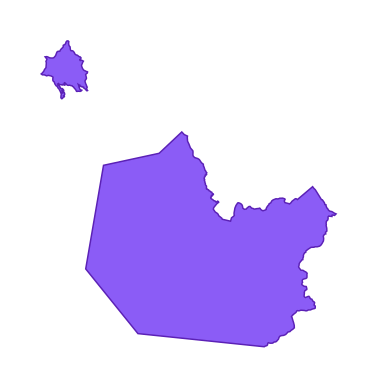 Guevea de Humboldt, Oaxaca, Mexico (orthographic projection), rotated 86°
{"feature_id": "50627088B66942360920108", "entity_name": "Guevea de Humboldt", "entity_type": "district", "adm_level": 2, "iso_a3": "MEX", "parent_name": "Mexico", "parent_adm1": "Oaxaca", "projection": "orthographic", "projection_center": [-95.455, 16.84], "detail": "fine", "context": "isolated", "style": "filled", "palette": "violet", "viewbox_px": 384, "rotation_deg": 86, "n_neighbors": 0, "source": "geoboundaries", "source_scale": "gbopen_adm2", "svg_char_len": 5817}
<svg xmlns="http://www.w3.org/2000/svg" viewBox="0 0 384 384"><g transform="rotate(86 192 192)"><path d="M304.2,82.7L304.4,83.9L305.2,86.1L304.6,87.0L304.1,87.4L303.3,87.4L300.6,86.9L300.0,87.0L298.3,86.3L297.3,84.3L296.3,84.2L294.3,84.6L293.9,86.5L293.5,87.3L292.0,88.9L290.6,88.6L289.9,88.0L288.2,88.3L287.3,87.9L286.8,87.2L286.5,86.1L286.2,84.3L285.5,83.4L283.7,83.1L282.7,83.2L281.1,82.8L279.7,84.0L279.0,85.3L278.1,86.4L277.8,87.0L277.7,88.7L274.7,90.7L274.0,90.9L273.3,90.5L270.8,90.0L269.1,88.7L268.1,87.6L267.4,87.2L267.2,86.2L265.7,86.0L264.5,85.4L263.0,85.3L262.0,84.9L260.4,83.8L260.2,82.8L258.8,82.5L257.2,80.2L255.5,77.1L255.6,74.0L255.2,73.2L255.4,70.9L254.9,68.4L253.9,67.0L252.5,65.9L250.0,64.3L247.8,63.9L245.2,64.1L244.1,63.4L243.1,62.0L243.1,61.5L241.5,61.6L240.4,60.2L237.4,60.1L235.1,60.5L234.5,60.5L234.0,60.3L232.6,60.4L230.6,60.0L229.5,58.6L228.2,58.1L226.5,58.1L225.6,57.3L226.2,54.1L224.9,53.9L224.8,53.0L225.3,51.6L224.9,50.9L223.9,49.8L223.0,51.5L221.3,53.8L220.6,56.1L219.3,57.3L217.9,57.9L217.5,58.4L216.8,58.8L215.1,59.2L214.0,59.3L213.8,60.3L211.9,60.7L208.9,62.5L208.6,63.4L198.4,68.8L196.7,70.3L195.1,71.3L206.9,87.4L206.1,88.3L205.9,89.4L208.3,93.0L209.5,93.9L210.7,95.5L210.3,96.4L209.1,100.0L207.9,100.5L206.9,100.4L206.1,99.7L205.3,99.9L204.5,101.8L204.3,104.9L204.6,105.5L204.9,106.9L204.6,108.7L205.5,111.6L206.4,113.0L208.3,114.2L209.1,115.9L209.5,115.9L210.3,116.5L210.8,117.1L212.1,118.2L213.7,119.2L214.4,119.1L214.9,119.7L215.6,122.0L215.5,123.0L214.9,123.9L214.0,124.8L213.1,125.2L212.8,126.0L213.1,126.4L213.1,128.4L213.4,130.7L213.2,131.5L212.7,132.2L212.2,133.7L210.5,135.0L210.4,136.0L210.7,136.6L212.0,138.4L212.8,139.1L212.9,141.0L211.6,142.4L209.2,142.7L208.2,143.1L207.2,144.0L206.5,145.1L206.0,146.3L206.1,147.2L208.4,149.0L211.0,150.3L215.8,151.5L217.1,151.6L218.2,151.4L219.1,152.2L220.5,154.4L223.8,155.6L221.3,163.7L220.2,164.1L217.5,167.0L216.0,167.5L215.1,168.2L213.6,170.2L210.7,171.9L209.2,171.5L205.6,168.2L204.1,166.1L203.4,166.3L203.0,166.9L202.9,167.3L203.3,167.6L203.8,168.6L202.6,169.6L202.0,171.1L201.1,171.7L200.2,173.1L199.6,173.7L198.6,173.7L198.5,173.2L196.9,172.9L196.8,172.6L197.1,172.1L196.2,171.9L196.3,171.1L195.9,170.8L195.4,170.9L194.7,171.9L193.5,172.4L193.5,172.9L192.5,173.8L191.8,175.0L191.3,175.1L190.8,175.6L190.6,176.3L190.0,176.7L190.0,177.3L189.6,177.4L189.3,177.2L188.0,177.3L187.2,177.1L185.7,178.1L184.1,178.1L183.6,178.5L182.1,178.5L181.5,178.9L180.5,178.5L179.7,179.0L178.8,178.6L178.1,178.7L177.4,177.8L176.3,177.7L175.9,177.5L175.7,177.1L176.0,176.7L175.6,176.2L175.1,176.3L174.7,176.5L174.3,176.4L173.9,175.9L172.5,176.8L171.7,177.0L171.2,177.5L167.8,178.3L167.1,178.7L165.0,178.8L163.5,180.5L160.2,182.4L159.1,183.8L157.8,187.0L156.2,188.3L155.1,188.5L152.1,188.2L150.9,188.3L147.9,190.5L144.0,191.7L141.0,192.9L137.3,192.9L135.9,192.6L134.2,195.7L131.4,198.0L151.1,222.1L159.2,278.4L261.3,303.4L329.5,255.8L351.4,130.7L350.8,129.6L350.5,128.1L349.9,127.4L348.2,126.9L347.7,126.4L348.3,124.6L348.4,122.8L348.3,121.8L347.7,121.2L347.3,119.9L347.4,119.3L347.0,118.2L344.7,115.9L343.2,115.4L342.1,114.5L341.7,113.7L341.5,112.5L341.4,110.5L340.7,108.5L338.3,105.9L338.1,104.1L336.8,102.6L336.0,101.0L335.1,100.1L334.7,99.4L332.2,99.3L329.3,99.8L326.9,100.4L324.0,101.0L323.4,101.5L321.7,100.2L321.6,99.7L321.0,99.1L319.4,96.7L318.0,95.8L317.7,95.2L318.0,93.5L317.5,91.6L318.0,88.2L318.5,86.6L318.4,85.4L317.8,84.2L317.9,82.1L317.1,79.9L316.8,77.8L316.4,77.2L314.6,77.0L314.1,77.2L313.3,78.1L310.9,77.4L310.1,77.9L309.6,78.8L307.2,80.0L307.0,80.9L306.4,81.6L305.4,81.8L304.2,82.7ZM62.8,291.6L61.1,292.6L58.5,293.4L57.4,293.2L56.1,292.4L55.5,292.3L53.9,291.2L53.4,291.9L52.9,292.9L53.1,294.3L52.5,294.7L52.0,294.7L51.4,293.6L50.3,293.4L49.3,294.3L49.3,294.9L47.5,296.9L47.4,297.5L46.8,298.5L45.8,299.4L44.8,299.6L43.3,300.6L42.7,301.6L42.7,302.7L42.0,303.2L41.1,303.4L38.7,303.5L37.5,304.4L36.5,304.6L35.2,304.7L33.3,304.4L32.6,305.1L32.6,305.8L32.6,306.2L33.6,307.2L34.8,307.6L36.1,308.6L36.5,310.0L37.0,310.3L37.8,310.3L38.6,310.6L40.0,312.3L41.2,313.4L42.4,314.1L42.3,315.9L43.0,317.0L46.5,318.6L48.4,320.5L48.6,321.6L48.5,323.3L48.2,324.7L47.3,326.2L46.8,327.4L46.9,329.1L47.8,328.6L49.0,327.5L49.3,327.4L51.6,328.6L52.9,328.3L57.8,329.0L59.5,330.6L61.1,331.4L62.9,333.1L63.7,334.2L64.7,333.1L64.8,331.2L66.0,328.9L65.6,327.2L66.4,324.5L67.5,322.8L68.2,322.7L69.5,323.0L71.1,323.0L72.0,322.5L72.3,322.0L72.8,321.7L74.5,321.3L75.6,320.7L76.6,320.1L77.2,319.2L79.1,318.3L79.6,317.7L82.5,316.4L84.4,315.8L85.7,315.6L86.9,316.0L88.8,316.2L89.6,315.8L89.9,315.3L89.2,314.3L88.5,313.9L88.1,313.5L88.3,313.1L87.7,312.7L87.5,313.0L87.0,313.3L86.8,312.8L85.7,312.2L84.9,312.2L84.1,312.4L83.8,312.8L83.0,313.1L82.3,312.9L81.5,312.9L81.3,313.0L82.0,313.5L82.4,313.5L83.0,313.9L83.9,313.6L84.2,314.0L84.3,314.7L84.1,314.9L83.7,314.2L83.0,314.6L82.3,314.2L81.7,314.7L81.3,314.4L81.1,314.0L80.1,313.9L79.8,314.2L79.9,314.5L79.8,314.8L79.8,315.2L79.5,315.4L79.5,315.7L78.7,316.0L78.2,316.5L77.9,316.4L77.7,316.8L77.2,316.8L76.5,317.4L76.3,318.1L74.9,318.5L74.4,317.6L75.8,316.5L75.7,315.6L75.9,314.6L76.2,314.2L76.2,313.6L75.5,313.0L76.3,312.3L76.5,311.9L76.5,311.3L76.0,311.2L74.3,311.7L74.1,311.6L74.3,311.1L76.7,309.0L77.0,308.1L76.9,306.6L77.5,305.2L77.6,304.3L78.4,303.7L79.0,302.8L79.7,302.5L81.8,300.9L83.5,300.2L83.7,299.6L83.5,299.0L83.8,296.4L83.5,295.9L83.4,295.3L82.8,294.8L82.2,296.1L81.8,296.5L81.3,296.8L79.6,297.1L79.3,297.5L78.6,297.4L76.8,297.9L77.5,297.0L77.6,296.4L78.6,296.1L79.3,294.2L79.6,294.2L79.8,292.8L81.0,292.5L81.5,291.6L83.6,290.0L83.7,289.6L83.5,289.1L82.5,289.7L81.6,289.9L80.0,289.2L79.4,289.7L78.3,289.8L76.5,290.5L74.3,291.0L73.2,290.8L72.4,290.0L71.1,289.3L67.5,289.9L66.8,289.3L66.0,288.1L64.9,287.8L64.6,288.2L64.5,288.8L62.8,291.6Z" fill="#8b5cf6" stroke="#5b21b6" stroke-width="1.5"/></g></svg>